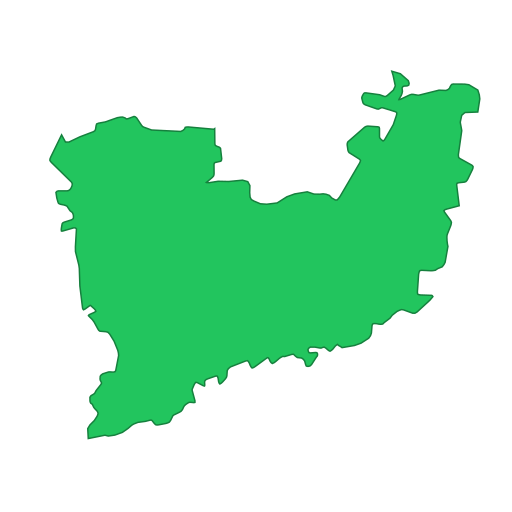 an SVG outline of Khomas, rotated 184°
{"feature_id": "NAM-3340", "entity_name": "Khomas", "entity_type": "Region", "adm_level": 1, "iso_a3": "NAM", "parent_name": "Namibia", "parent_adm1": "", "projection": "orthographic", "projection_center": [17.098, -22.865], "detail": "fine", "context": "isolated", "style": "filled", "palette": "green", "viewbox_px": 512, "rotation_deg": 184, "n_neighbors": 0, "source": "natural_earth", "source_scale": "10m", "svg_char_len": 5834}
<svg xmlns="http://www.w3.org/2000/svg" viewBox="0 0 512 512"><g transform="rotate(184 256 256)"><path d="M132.9,196.9L134.6,196.6L135.2,195.5L135.4,194.7L135.5,187.2L136.2,184.6L137.8,181.9L145.1,176.4L151.5,173.6L163.8,170.6L165.4,171.6L167.6,172.6L168.5,173.5L169.5,172.8L170.7,171.6L172.9,168.4L174.2,167.1L175.5,166.2L177.0,166.8L180.1,169.1L181.7,169.9L183.2,169.4L184.6,168.7L186.1,168.7L190.7,169.2L195.5,168.9L197.0,167.7L197.7,166.1L197.1,164.5L196.4,163.3L195.0,163.1L189.8,163.9L188.5,163.8L187.8,162.7L187.7,161.5L187.9,160.5L188.7,159.4L193.0,151.6L194.3,150.2L195.8,149.6L197.2,149.5L198.2,149.8L198.9,151.1L200.1,154.6L201.5,156.2L203.4,157.4L207.7,157.6L209.6,158.8L211.7,160.6L213.3,160.4L220.4,157.7L222.4,157.7L224.2,156.6L225.7,155.4L228.8,152.3L230.4,150.9L232.2,149.9L233.5,150.7L234.7,152.2L235.6,154.0L236.6,155.3L237.4,155.4L238.7,154.5L249.0,145.8L250.6,144.6L252.1,144.0L253.2,145.0L254.2,146.6L255.1,148.5L256.1,150.0L257.2,151.0L258.9,150.6L273.7,143.6L275.7,141.7L276.7,139.7L276.7,134.5L277.0,133.0L277.9,131.4L280.4,128.2L281.7,126.8L283.1,125.8L283.9,126.6L284.5,128.0L285.3,131.5L285.9,132.9L286.6,133.6L288.1,133.3L295.4,130.2L297.1,129.3L298.2,128.2L298.5,126.7L298.1,123.5L298.3,122.7L299.5,122.9L305.7,125.6L307.2,125.8L308.0,124.8L308.7,123.4L310.3,118.8L310.4,117.8L309.9,116.3L306.8,107.3L306.7,105.7L307.7,105.4L310.9,105.5L312.6,105.3L314.2,104.2L315.7,103.0L316.9,101.7L317.5,100.7L318.7,97.6L320.0,95.8L321.8,94.6L327.0,91.6L327.8,90.8L329.7,86.1L330.8,84.3L332.3,83.4L334.1,82.7L341.3,80.8L343.0,80.5L344.4,80.7L345.8,81.9L348.2,84.6L349.2,85.0L350.3,84.8L354.9,83.3L362.2,81.8L366.4,79.8L368.3,78.4L371.5,75.2L376.9,70.8L384.3,67.5L390.8,66.1L394.2,66.7L410.6,62.2L411.8,72.1L409.8,76.0L405.8,80.6L403.3,85.1L402.7,87.0L402.6,88.4L403.0,89.1L403.4,89.8L403.9,90.4L406.3,92.6L407.4,93.9L408.6,96.1L409.1,96.7L409.7,97.2L410.4,97.5L411.0,98.3L411.5,99.7L411.8,103.5L411.0,105.0L409.8,105.9L408.7,106.6L407.4,107.7L406.1,110.6L401.7,117.1L401.2,118.5L401.7,119.6L402.6,121.0L403.0,122.4L403.0,125.2L402.1,126.6L400.6,127.8L395.1,130.0L393.6,130.2L391.2,130.2L389.9,130.3L388.5,130.8L387.9,132.2L386.1,147.1L386.5,149.7L387.3,152.3L391.6,161.1L396.5,167.9L398.4,169.6L400.4,170.0L406.5,170.1L407.7,170.9L408.6,172.1L412.8,178.7L414.8,181.1L417.7,183.6L419.0,184.8L418.4,185.8L413.2,188.6L411.9,189.7L412.5,190.9L413.7,192.1L417.6,195.1L417.8,195.2L418.1,195.1L422.9,191.1L424.3,190.3L424.9,190.9L425.4,192.0L429.6,213.8L431.4,231.3L432.1,234.6L436.4,247.8L436.8,252.6L437.0,270.5L438.1,271.4L439.7,271.4L450.6,267.4L451.8,267.3L452.1,268.4L452.1,269.9L451.8,273.2L451.6,274.7L451.0,275.6L449.7,276.4L442.8,279.1L442.0,279.6L440.9,280.6L440.8,282.1L441.0,283.8L441.6,285.5L442.4,286.7L444.7,288.2L448.0,292.5L449.5,293.1L451.1,293.5L454.4,293.9L455.8,294.3L456.7,294.8L457.4,296.2L458.8,300.1L460.0,305.5L459.0,306.7L457.6,307.2L449.0,307.8L447.6,308.2L446.1,309.4L445.1,311.2L444.4,313.3L444.3,315.3L445.3,316.9L466.7,335.1L468.2,336.8L468.3,338.3L467.7,340.3L458.4,363.3L454.0,356.4L450.6,356.6L440.0,362.6L426.8,368.7L425.4,369.8L424.9,371.3L424.6,374.9L424.2,376.6L422.4,377.5L415.8,379.2L404.0,384.3L401.1,385.0L398.8,385.3L396.2,384.6L395.0,383.7L393.4,384.0L387.4,386.7L386.1,386.4L384.7,385.4L379.3,378.4L378.1,377.2L376.6,376.6L368.9,374.4L339.7,375.0L337.5,376.3L336.1,377.8L335.6,379.4L334.3,379.8L332.7,380.0L307.0,379.5L306.1,380.2L304.9,365.4L304.6,364.0L304.1,363.4L302.9,362.8L300.3,362.0L299.6,361.6L298.9,360.9L297.0,350.7L297.1,349.2L297.7,348.1L303.3,346.4L304.1,345.7L304.3,344.4L303.6,335.7L303.6,334.1L303.9,332.9L305.0,331.4L310.6,325.9L310.2,325.8L307.7,325.9L299.0,327.9L288.5,328.4L274.7,330.7L269.4,329.6L267.0,325.8L266.7,318.7L266.0,314.3L264.6,312.0L262.0,310.7L255.3,308.4L248.9,308.4L238.6,310.4L229.4,317.2L221.8,320.6L209.3,323.6L202.5,321.8L196.8,322.1L193.4,322.7L190.4,322.5L187.1,321.6L184.4,319.1L180.7,317.4L178.9,317.6L176.6,320.7L159.1,356.0L158.6,357.5L158.4,358.6L159.1,359.4L159.7,359.9L170.3,365.6L171.1,366.6L171.7,368.0L172.8,373.2L172.8,374.9L172.3,376.3L156.6,392.1L155.1,393.0L153.5,393.4L143.3,393.4L142.1,393.0L141.7,391.7L141.1,383.4L140.8,382.5L139.4,381.0L137.3,379.6L136.3,380.3L135.5,381.6L128.2,396.6L125.7,406.2L125.5,407.7L125.7,408.9L126.8,409.6L140.0,412.7L141.4,412.6L144.0,411.1L145.5,411.1L157.2,414.3L158.6,414.9L159.6,415.7L160.2,416.9L161.4,420.5L161.5,421.5L161.2,422.8L160.3,424.8L159.7,425.8L158.9,426.3L157.6,426.4L143.9,425.5L138.9,424.1L137.7,424.2L136.3,425.2L130.5,431.1L128.9,435.4L131.8,445.6L133.4,449.8L124.7,447.9L116.3,441.5L115.3,439.0L115.5,437.2L116.5,436.5L117.3,436.2L120.2,435.8L121.4,435.1L122.0,433.8L121.4,430.5L121.7,428.3L122.3,426.3L123.9,423.2L124.3,422.0L123.2,422.2L113.9,427.4L112.2,428.1L110.5,428.2L105.7,427.7L104.7,427.8L85.0,434.2L78.0,434.4L76.1,435.4L74.7,436.8L74.1,438.5L73.4,439.9L72.6,440.9L71.2,441.3L59.9,442.0L55.6,441.7L46.3,437.0L44.5,432.4L43.7,428.3L44.8,415.1L57.6,413.7L60.6,410.7L61.5,404.3L61.5,403.3L59.8,396.7L59.5,395.3L61.2,371.3L61.0,369.7L60.7,368.4L59.5,367.5L47.7,362.0L46.6,361.4L45.7,360.4L45.7,359.0L46.1,357.4L50.1,347.5L50.9,346.0L51.9,344.8L53.4,344.2L58.5,343.3L59.8,342.9L60.6,342.5L60.8,341.4L60.7,340.5L56.8,320.3L69.3,316.0L70.8,315.3L71.7,314.4L71.2,313.2L64.2,304.8L63.4,303.2L63.5,301.6L63.8,300.0L66.5,291.6L66.9,289.9L66.9,288.1L66.5,284.5L65.8,281.0L65.4,279.6L65.2,278.9L65.3,278.1L66.9,262.9L67.9,260.6L69.5,258.2L73.8,256.1L76.1,254.3L78.7,253.7L80.6,253.5L89.9,253.3L91.6,252.8L92.2,251.2L92.5,249.2L92.5,232.0L92.4,230.6L92.0,229.2L90.9,228.8L89.5,228.6L77.9,229.0L77.3,228.6L76.7,227.8L79.4,224.1L91.4,211.4L93.5,210.0L95.8,209.9L105.3,212.6L107.2,212.7L109.2,211.8L111.5,210.5L116.0,206.4L118.0,203.3L123.4,198.6L124.8,197.0L126.6,196.6L128.6,196.6L130.8,196.9L132.9,196.9Z" fill="#22c55e" stroke="#15803d" stroke-width="1.5"/></g></svg>